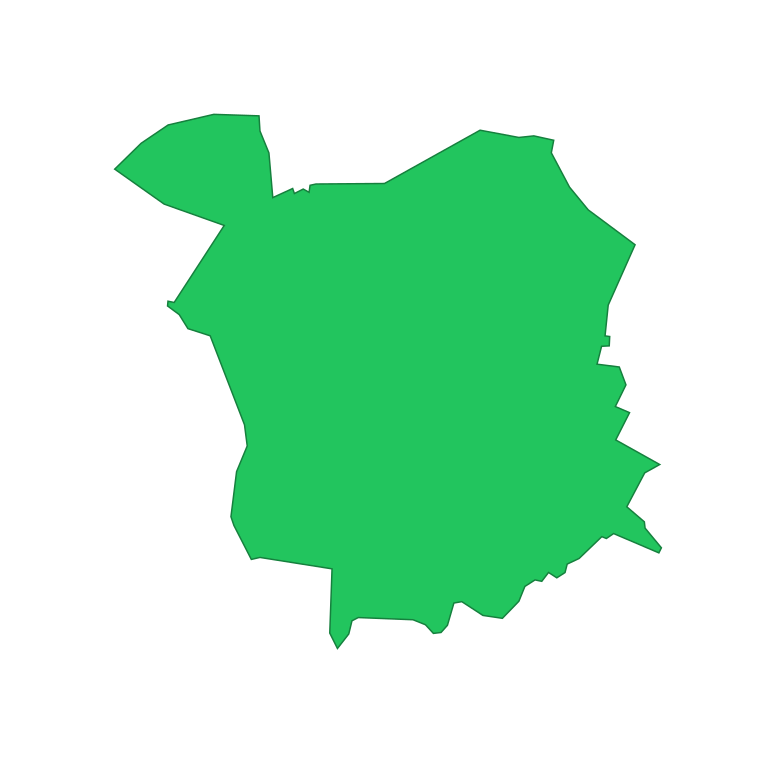 the district of Dundrum Lea-7, Dún Laoghaire–Rathdown, Ireland, rotated 189°
{"feature_id": "5873133B72160674948779", "entity_name": "Dundrum Lea-7", "entity_type": "district", "adm_level": 2, "iso_a3": "IRL", "parent_name": "Ireland", "parent_adm1": "Dún Laoghaire–Rathdown", "projection": "orthographic", "projection_center": [-6.254, 53.292], "detail": "fine", "context": "isolated", "style": "filled", "palette": "green", "viewbox_px": 768, "rotation_deg": 189, "n_neighbors": 0, "source": "geoboundaries", "source_scale": "gbopen_adm2", "svg_char_len": 1188}
<svg xmlns="http://www.w3.org/2000/svg" viewBox="0 0 768 768"><g transform="rotate(189 384 384)"><path d="M177.6,571.2L209.5,587.9L231.6,607.5L254.9,638.5L254.5,651.3L274.8,652.5L289.4,648.6L328.8,649.7L414.9,582.1L482.4,570.9L488.1,568.7L488.0,561.6L494.3,563.9L502.3,558.1L504.8,562.8L523.0,550.7L533.8,594.2L546.1,614.5L549.4,629.3L594.3,623.7L637.7,606.1L661.5,583.8L683.6,554.1L629.3,527.3L566.6,515.6L604.0,431.7L610.3,432.0L610.0,427.2L597.1,420.5L586.3,408.0L563.2,404.4L515.4,321.9L509.4,301.4L515.9,274.4L514.4,229.0L510.1,220.8L487.6,190.0L479.4,193.3L406.4,193.3L398.6,129.5L388.6,115.5L379.7,131.6L378.6,145.1L372.9,149.3L318.5,155.7L305.4,152.7L296.2,145.4L288.8,147.5L283.6,155.6L280.7,178.6L273.1,181.2L250.1,170.9L230.4,171.1L216.8,190.5L213.2,206.1L204.2,214.1L197.3,213.8L192.0,223.6L183.0,219.6L175.7,226.1L174.9,234.8L164.0,242.2L145.0,267.3L140.2,266.2L133.8,272.2L86.1,260.2L84.4,265.6L103.6,282.5L105.3,288.6L125.0,300.7L112.6,337.0L99.1,347.6L146.4,365.0L137.0,394.1L152.0,397.9L144.9,421.0L154.3,437.6L176.7,436.9L175.0,455.3L167.5,456.9L168.5,466.2L173.2,466.1L174.9,497.0L157.8,560.8L177.6,571.2Z" fill="#22c55e" stroke="#15803d" stroke-width="1.5"/></g></svg>